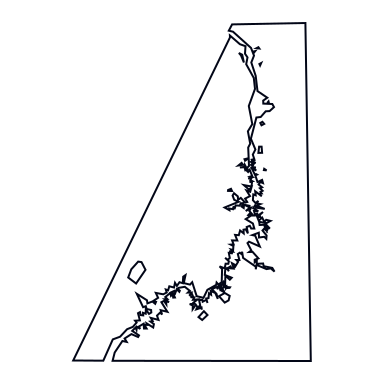 Zemam Out, Al Wadi at Jadid, Egypt
{"feature_id": "37247803B74353300773864", "entity_name": "Zemam Out", "entity_type": "district", "adm_level": 2, "iso_a3": "EGY", "parent_name": "Egypt", "parent_adm1": "Al Wadi at Jadid", "projection": "albers", "projection_center": [32.566, 23.653], "detail": "fine", "context": "isolated", "style": "outline", "palette": "ink", "viewbox_px": 384, "rotation_deg": 0, "n_neighbors": 0, "source": "geoboundaries", "source_scale": "gbopen_adm2", "svg_char_len": 6103}
<svg xmlns="http://www.w3.org/2000/svg" viewBox="0 0 384 384"><path d="M251.3,62.5L255.7,75.9L257.5,91.1L267.3,97.7L263.2,100.6L263.3,103.6L272.3,104.0L274.0,107.1L269.6,111.1L265.7,111.3L260.7,117.0L256.4,117.5L250.9,138.7L255.4,149.5L252.8,154.6L254.3,159.1L251.7,159.7L251.9,160.2L253.2,159.7L254.1,160.4L251.8,161.5L255.8,162.9L251.6,162.4L253.3,163.7L250.4,165.1L253.1,165.2L251.9,167.5L254.4,167.3L255.9,167.5L252.8,167.9L256.3,170.5L251.9,168.6L255.0,174.8L256.1,174.1L257.0,174.6L255.3,175.3L257.5,182.0L262.1,179.9L263.0,183.1L260.3,182.0L258.6,184.5L262.1,187.3L259.9,188.2L262.6,190.8L260.5,191.9L261.7,193.5L258.9,193.9L261.8,196.3L255.2,191.3L255.7,195.3L253.3,194.4L252.9,200.2L255.5,203.0L258.4,200.9L256.5,203.4L260.3,204.1L256.5,205.7L264.7,208.9L256.1,207.7L255.1,205.3L253.2,208.2L258.3,211.2L254.0,211.0L255.0,214.6L257.8,213.1L255.7,215.1L257.0,216.3L263.0,212.0L259.5,215.1L260.4,217.1L257.2,216.9L258.7,220.7L262.2,217.6L264.3,221.8L266.2,219.8L270.5,220.9L266.7,223.0L259.2,221.9L259.6,225.0L266.2,224.6L269.9,228.6L267.0,226.8L267.8,228.9L267.0,230.5L266.2,226.2L264.5,225.9L266.1,230.4L264.1,228.7L262.5,230.5L266.6,235.5L266.3,238.8L264.3,236.8L259.0,237.5L258.8,232.7L252.4,235.1L255.2,235.7L259.8,246.5L249.0,241.7L247.5,243.1L251.3,250.4L249.2,252.0L252.6,251.9L258.4,258.4L254.7,259.7L254.7,262.2L256.8,260.4L256.7,263.8L263.1,263.5L263.7,266.2L272.3,267.9L274.5,271.6L270.8,268.4L266.5,269.1L256.5,264.9L255.8,269.3L255.8,266.7L243.1,257.9L242.1,251.8L241.4,254.0L239.8,252.7L237.8,254.0L239.4,260.0L236.4,260.0L238.1,261.8L234.5,267.8L235.1,264.9L232.0,263.2L233.8,268.6L230.0,268.3L231.3,267.7L230.5,266.4L227.2,268.4L228.9,271.3L226.8,268.2L225.2,270.0L224.8,274.9L231.7,277.7L229.8,279.7L225.4,275.7L225.1,283.8L223.7,281.8L222.4,284.5L224.9,284.8L224.2,286.5L226.4,286.0L226.2,288.0L227.0,287.0L230.0,287.3L229.6,287.9L225.8,288.1L225.2,286.5L223.0,288.0L223.8,285.1L221.2,284.5L221.0,289.0L221.6,288.9L223.1,289.9L224.1,291.4L224.0,292.1L221.1,290.5L221.9,289.7L220.9,289.0L220.6,286.5L220.0,285.3L219.6,286.9L220.2,288.4L220.0,288.8L219.2,285.9L217.2,289.3L218.0,286.5L211.8,289.1L216.5,293.8L217.8,298.9L215.3,293.0L210.7,291.0L211.1,294.7L209.0,293.2L208.5,298.1L206.2,298.5L207.5,303.0L206.5,299.8L202.7,301.7L202.4,299.8L199.1,300.2L200.2,305.4L197.9,307.3L201.5,307.2L201.8,309.7L201.4,307.7L196.5,309.3L197.7,307.4L195.8,304.7L192.7,309.2L192.8,305.5L189.7,304.1L194.5,303.8L193.4,302.7L197.6,299.4L193.0,299.8L194.3,297.4L190.5,297.2L193.0,296.3L192.0,294.0L189.3,295.7L191.5,292.5L187.9,292.6L189.8,290.8L184.8,286.8L178.4,287.9L177.7,288.8L179.8,290.7L179.3,291.8L176.7,289.3L175.4,292.7L174.4,290.8L171.1,292.4L175.4,294.1L173.5,294.2L174.9,297.5L173.2,297.6L172.7,294.1L171.0,295.8L170.4,292.9L165.3,297.0L167.3,299.0L164.7,299.2L169.0,302.1L166.1,301.4L166.3,304.3L164.0,300.9L161.4,302.2L167.4,311.8L160.7,310.2L162.1,314.5L160.1,312.6L157.0,315.6L158.5,319.9L150.8,317.9L152.7,321.1L150.4,321.5L153.9,324.1L153.2,327.5L146.6,323.3L147.1,324.9L144.4,324.7L146.6,328.5L144.0,328.5L143.6,323.7L138.8,326.6L140.2,328.9L136.9,326.8L136.5,329.8L135.5,327.6L132.2,330.9L139.0,335.4L138.1,337.0L131.4,334.1L124.6,338.5L126.7,341.9L122.4,341.0L114.7,352.5L112.6,360.8L310.8,361.0L305.4,23.0L232.1,24.4L228.8,30.7L233.0,31.7L251.0,47.9L254.0,55.6L251.3,62.5ZM224.8,293.0L229.7,295.9L228.6,300.4L224.7,302.6L219.0,296.2L224.8,293.0ZM203.9,311.2L207.5,315.0L202.2,320.0L198.5,317.1L203.9,311.2ZM262.1,152.8L258.4,152.9L259.1,146.7L261.6,146.7L262.1,152.8ZM264.2,123.9L261.5,125.3L260.3,123.0L262.4,121.8L264.2,123.9ZM264.2,168.8L266.6,170.4L263.9,170.1L264.2,168.8ZM259.3,48.5L256.5,48.2L258.4,47.2L259.3,48.5ZM261.2,63.0L260.1,65.5L259.4,64.0L261.2,63.0ZM255.2,51.1L254.1,52.5L253.8,51.4L255.2,51.1ZM268.5,101.4L268.8,102.7L267.9,102.1L268.5,101.4ZM229.9,35.5L230.0,37.4L73.2,360.5L103.3,360.7L112.8,339.4L120.1,336.7L127.1,329.2L132.8,326.9L136.6,322.6L135.1,320.7L139.9,320.4L138.0,313.2L140.0,312.1L140.7,315.1L143.2,315.4L143.0,312.8L145.7,313.7L145.8,309.5L149.0,313.9L151.3,312.5L151.1,310.0L146.7,309.0L145.8,306.2L143.1,307.2L136.8,293.8L147.0,300.3L147.4,303.4L152.4,301.5L155.2,303.8L156.0,301.9L152.9,301.2L158.1,297.8L155.8,292.9L163.3,294.3L166.7,292.5L165.8,289.5L168.1,290.3L169.3,286.3L174.0,287.5L175.0,282.8L176.9,285.9L179.5,282.2L182.8,283.2L183.2,276.7L185.5,275.1L183.8,283.1L190.0,284.6L192.2,282.2L196.7,296.2L203.5,297.8L207.4,289.8L216.2,284.9L216.6,282.5L218.4,284.5L221.7,282.2L222.1,269.1L219.6,266.4L224.7,268.3L225.6,263.7L228.3,263.8L228.9,261.3L225.1,257.8L227.7,259.8L229.8,258.0L228.8,252.9L232.7,253.4L229.3,251.2L232.9,251.6L231.1,249.5L233.1,250.0L233.4,246.0L230.7,244.6L233.6,244.4L232.1,240.4L237.3,240.5L235.1,234.9L238.8,235.2L240.1,230.5L243.7,233.4L243.5,229.7L245.7,229.3L247.9,233.4L246.7,227.0L249.8,225.8L251.2,228.5L254.3,228.5L252.9,223.5L245.7,219.1L250.3,216.1L248.2,215.2L249.9,213.4L251.6,215.5L253.3,215.5L249.4,211.0L250.8,208.1L245.7,211.0L250.0,207.6L247.6,206.4L250.4,206.0L244.0,204.7L243.7,208.0L241.7,206.6L243.0,203.1L240.7,203.3L239.7,205.7L235.7,205.4L234.7,208.5L233.2,208.6L234.5,206.5L233.3,207.2L233.0,209.2L229.2,208.5L229.4,210.2L224.6,207.5L238.6,201.8L234.2,199.8L232.6,195.6L234.0,193.2L237.8,196.4L238.1,199.8L240.8,197.9L245.1,202.6L247.2,202.0L245.1,198.6L250.0,196.1L246.5,190.5L250.2,191.8L251.4,187.6L248.9,189.5L243.9,185.1L251.5,186.5L252.0,182.2L249.5,181.8L252.4,181.2L250.4,180.1L251.4,178.1L248.1,178.5L252.2,177.3L250.2,176.6L252.2,176.0L249.7,169.8L248.1,172.0L246.5,170.4L248.2,168.5L245.3,170.2L244.5,167.2L239.9,167.5L244.5,166.8L244.8,164.8L246.7,168.3L249.0,165.9L248.2,147.5L250.2,143.7L247.9,131.3L252.3,124.1L248.8,106.0L255.0,88.9L253.8,78.0L246.2,64.2L247.5,57.4L245.0,53.7L245.5,46.2L239.9,44.2L229.9,35.5ZM145.5,269.8L136.1,283.5L128.2,277.5L131.3,269.3L138.2,261.6L141.5,262.1L145.5,269.8ZM243.9,62.5L241.0,55.4L238.9,53.0L242.2,54.7L243.9,62.5ZM231.0,188.8L232.0,191.0L228.0,190.9L228.1,190.0L231.0,188.8ZM248.6,158.2L245.1,160.7L244.5,159.2L248.6,158.2ZM243.1,164.8L238.4,165.5L241.6,162.9L243.1,164.8Z" fill="none" stroke="#020617" stroke-width="2"/></svg>